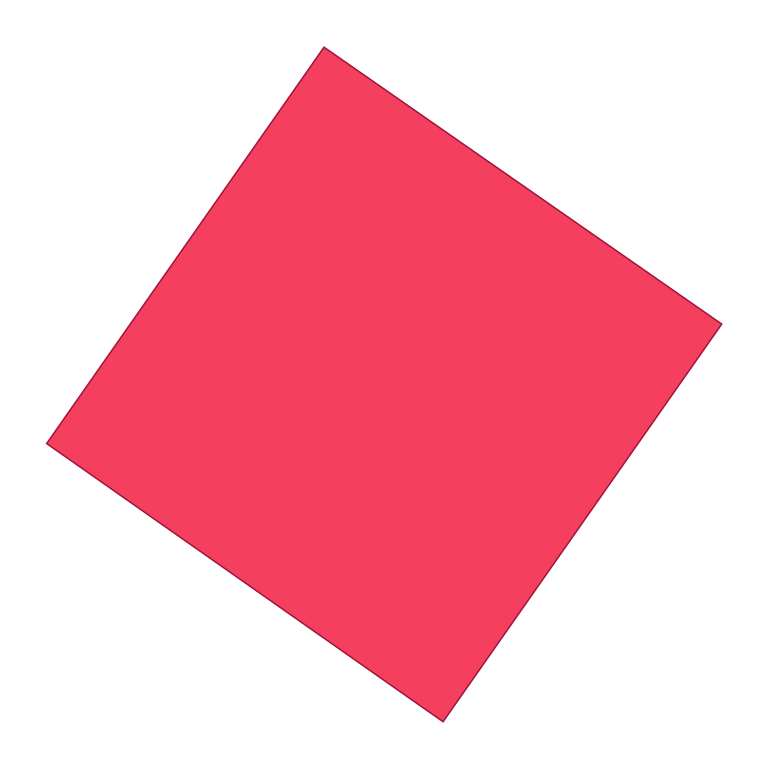 Ector, Texas, United States of America, rotated 35°
{"feature_id": "52423323B50517740835867", "entity_name": "Ector", "entity_type": "district", "adm_level": 2, "iso_a3": "USA", "parent_name": "United States of America", "parent_adm1": "Texas", "projection": "mercator", "projection_center": [-102.506, 31.869], "detail": "fine", "context": "isolated", "style": "filled", "palette": "rose", "viewbox_px": 768, "rotation_deg": 35, "n_neighbors": 0, "source": "geoboundaries", "source_scale": "gbopen_adm2", "svg_char_len": 254}
<svg xmlns="http://www.w3.org/2000/svg" viewBox="0 0 768 768"><g transform="rotate(35 384 384)"><path d="M626.3,141.2L141.7,142.5L141.8,626.3L171.8,626.3L597.0,626.8L626.1,626.8L626.3,141.2Z" fill="#f43f5e" stroke="#9f1239" stroke-width="1.5"/></g></svg>